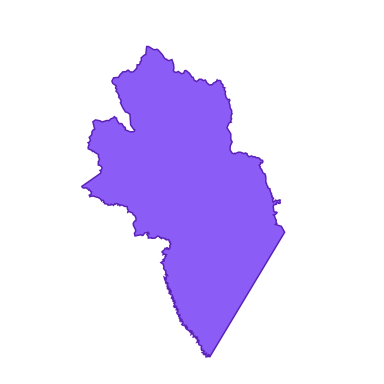 Sandia, Puno, Peru, rotated 145°
{"feature_id": "86281439B32032082656225", "entity_name": "Sandia", "entity_type": "district", "adm_level": 2, "iso_a3": "PER", "parent_name": "Peru", "parent_adm1": "Puno", "projection": "albers", "projection_center": [-69.323, -13.833], "detail": "fine", "context": "isolated", "style": "filled", "palette": "violet", "viewbox_px": 384, "rotation_deg": 145, "n_neighbors": 0, "source": "geoboundaries", "source_scale": "gbopen_adm2", "svg_char_len": 6088}
<svg xmlns="http://www.w3.org/2000/svg" viewBox="0 0 384 384"><g transform="rotate(145 192 192)"><path d="M132.5,312.0L135.5,312.8L136.6,314.3L136.6,315.3L137.6,316.2L137.8,317.6L137.5,321.3L138.3,327.9L138.9,329.1L140.2,329.4L141.9,330.9L144.1,336.0L145.7,337.2L151.0,331.1L152.2,331.5L156.6,331.1L158.3,328.4L159.8,328.4L160.7,327.0L162.4,326.6L163.9,327.7L166.1,325.1L170.6,324.2L171.6,324.2L173.9,325.9L174.2,328.2L174.8,328.6L177.4,328.6L179.7,330.1L183.5,329.4L186.5,328.1L190.7,330.5L194.0,328.8L194.6,326.6L193.2,322.2L194.8,321.3L195.1,320.6L194.7,319.3L196.5,318.0L195.9,316.0L196.5,313.4L196.2,312.8L197.6,311.9L197.4,308.5L198.2,306.6L199.4,306.3L200.4,300.3L200.6,295.7L199.3,294.2L198.3,291.2L203.8,282.1L203.8,276.7L203.2,275.8L204.1,275.0L205.2,274.9L208.0,276.6L211.0,281.3L209.9,282.5L209.8,283.8L210.5,284.1L210.3,288.3L212.6,290.0L212.2,294.3L211.4,295.9L212.0,296.4L212.3,298.2L214.3,297.9L216.7,298.5L218.9,298.0L220.5,299.3L225.5,301.0L226.6,303.2L229.7,306.4L232.9,306.4L235.8,299.1L237.3,299.5L239.3,298.8L241.2,296.4L244.9,295.7L245.5,292.5L247.5,291.8L248.8,292.1L249.0,289.8L251.2,288.5L252.2,286.9L250.7,284.5L250.0,282.0L249.1,281.9L248.9,280.2L247.1,276.4L248.5,274.5L248.9,272.2L250.3,270.9L251.4,270.6L253.3,267.8L252.4,267.1L251.7,265.1L251.7,263.8L252.3,262.8L253.8,262.1L255.0,262.5L254.9,260.8L256.1,259.8L279.0,259.8L279.2,258.6L278.4,257.3L275.9,255.8L276.0,254.6L274.9,253.3L275.4,252.7L274.6,252.1L274.8,250.5L274.2,249.8L275.9,248.1L278.0,248.3L278.2,247.6L277.7,247.0L278.1,246.7L275.4,245.5L271.7,240.8L271.0,238.8L271.0,236.5L270.3,236.8L269.5,236.0L269.8,234.5L270.3,234.3L269.7,233.4L270.3,232.6L268.0,230.4L268.4,229.5L266.3,228.1L265.3,228.4L265.1,227.6L263.8,226.7L263.8,226.1L261.9,226.7L261.7,226.0L260.6,225.9L259.6,224.9L260.2,223.9L258.9,223.6L258.9,222.1L257.6,222.2L256.2,220.6L255.6,219.0L253.4,217.2L254.5,215.4L254.8,213.5L256.1,212.3L254.9,212.2L252.7,209.0L253.2,207.3L252.4,205.5L252.8,202.8L254.5,200.6L255.8,201.1L258.2,200.0L259.2,198.1L259.9,193.2L261.2,191.8L262.9,191.2L263.9,188.7L258.3,186.3L257.9,185.0L256.9,184.6L254.2,185.6L250.8,184.0L251.2,182.4L252.0,183.4L253.2,183.2L253.3,180.8L254.2,179.3L251.5,177.9L251.6,177.4L250.9,176.7L248.6,175.4L245.5,175.6L244.1,173.8L244.5,173.2L243.8,171.5L243.2,171.9L241.7,170.5L241.3,169.5L240.4,169.1L240.8,168.4L240.6,167.6L238.4,166.4L238.8,165.1L238.5,164.0L239.0,164.0L239.3,163.0L239.1,161.6L240.9,160.9L241.9,159.1L243.8,158.3L244.4,158.7L243.7,159.2L244.3,160.6L244.9,160.8L245.6,160.1L246.4,161.3L248.3,160.3L250.6,160.4L251.1,159.7L250.5,158.1L251.6,157.3L250.2,156.9L249.0,155.4L250.0,155.3L250.0,154.4L251.3,154.4L252.1,153.2L254.6,153.1L254.1,151.9L254.6,151.4L255.6,152.0L258.0,152.0L257.0,149.4L257.9,146.9L259.1,145.7L259.2,143.9L258.5,142.7L259.5,141.7L259.7,140.4L260.9,139.8L259.8,138.7L260.0,137.6L261.0,138.8L261.5,137.4L263.2,136.7L263.7,138.1L264.5,135.9L263.2,135.5L264.8,134.5L264.5,133.6L265.4,133.0L264.6,132.2L265.7,131.8L265.1,131.1L264.3,131.6L264.1,130.9L266.0,129.4L265.6,128.4L266.7,128.5L266.0,126.1L266.7,126.3L267.0,127.3L267.6,126.9L266.7,124.9L266.0,124.6L266.0,122.7L266.4,122.4L266.3,123.4L267.2,124.4L267.6,123.7L266.9,122.3L267.8,121.7L268.3,122.6L268.8,122.4L268.1,121.5L268.5,120.4L267.7,120.0L267.4,118.5L268.1,117.5L268.8,117.6L269.5,117.0L267.9,116.5L268.2,115.8L269.2,116.0L269.6,115.0L269.5,113.4L268.9,113.8L268.4,113.2L268.9,112.7L269.9,112.9L269.0,111.3L270.6,111.2L270.4,110.0L272.3,109.0L271.2,108.1L272.3,108.1L272.6,107.6L270.6,106.4L272.5,104.5L271.8,104.0L270.8,104.3L270.6,103.8L271.8,103.1L272.2,101.9L273.4,102.2L273.9,100.8L273.6,99.2L272.4,98.6L272.8,97.9L273.8,98.2L274.4,97.6L273.7,96.3L274.8,95.6L273.5,93.6L274.1,93.4L275.1,94.1L275.7,93.3L274.0,92.9L274.0,92.4L275.1,91.9L273.9,90.9L274.5,89.9L276.4,89.3L275.6,87.6L274.3,87.3L274.9,85.0L273.4,85.5L273.6,83.3L274.1,83.2L274.8,84.1L275.2,83.0L273.8,79.9L272.9,79.5L271.8,77.9L272.3,77.5L273.7,78.2L273.3,77.1L274.4,75.9L273.1,76.1L272.0,75.5L272.8,75.0L273.2,73.2L274.2,72.5L273.1,71.9L272.2,72.2L272.6,69.6L271.8,69.7L271.5,70.7L270.8,70.0L272.9,67.0L271.6,66.8L271.7,65.9L272.4,65.5L273.2,66.3L274.0,66.0L272.8,65.5L273.9,62.9L272.4,60.4L273.8,59.1L273.7,58.3L274.5,58.1L274.9,56.6L273.7,56.1L273.4,54.4L275.6,54.5L274.9,53.5L275.6,52.8L275.4,51.8L273.7,52.2L272.8,51.5L273.9,50.9L275.1,48.9L274.3,48.4L272.0,49.4L271.4,48.4L272.8,47.7L271.9,46.8L139.2,105.9L138.5,112.6L142.2,117.6L140.6,117.6L140.4,119.1L139.0,120.8L139.2,121.8L138.1,125.2L138.4,126.5L136.5,125.8L134.2,126.3L134.2,127.0L135.4,127.7L136.0,129.3L133.6,133.8L132.4,134.5L129.9,133.6L129.5,134.4L128.4,134.7L127.5,132.9L126.6,132.3L125.8,132.7L125.2,134.2L124.4,134.7L124.8,135.3L127.4,136.0L128.2,137.4L129.7,137.0L130.7,137.5L131.2,137.0L131.3,137.5L130.4,139.7L129.1,139.7L128.8,140.2L129.5,142.3L128.6,142.7L128.5,144.5L127.9,144.8L127.6,147.4L127.0,148.3L127.2,149.0L126.3,149.8L127.6,152.0L126.7,153.1L126.9,154.2L125.9,156.8L126.2,157.3L123.2,161.5L121.8,164.6L122.9,167.1L122.0,170.9L122.5,171.9L122.3,172.9L121.6,173.3L121.6,175.4L120.2,175.4L119.0,176.7L118.1,175.6L117.4,175.6L116.4,176.3L116.1,177.5L117.5,179.1L117.3,180.3L117.8,181.7L119.9,183.6L120.3,184.9L121.7,185.6L122.4,187.3L125.2,188.3L125.5,191.0L124.9,191.8L125.9,193.4L127.4,193.6L129.3,196.6L131.2,198.0L134.6,198.6L134.7,199.2L135.6,199.2L136.8,200.7L136.7,204.7L134.2,207.8L130.4,210.0L130.0,212.9L126.9,217.3L126.5,224.6L121.9,227.4L119.8,226.7L119.8,227.8L117.5,229.3L117.3,230.8L115.2,232.9L114.3,233.0L114.2,234.0L112.8,235.9L112.4,239.5L111.3,240.9L110.3,244.3L108.3,245.5L108.3,246.5L109.6,247.0L109.9,249.7L108.3,253.8L107.0,255.0L106.9,257.5L105.3,258.5L106.5,260.1L105.2,261.9L105.6,264.8L104.8,266.1L105.1,267.3L107.0,268.6L107.1,269.4L108.5,268.5L112.0,268.9L113.8,268.3L116.4,269.7L117.2,273.0L116.8,276.0L119.1,277.0L119.5,278.8L121.2,280.1L124.8,279.8L126.1,282.3L125.3,285.3L126.2,286.2L126.0,290.7L127.2,295.0L128.5,295.5L130.6,294.1L132.8,295.0L134.1,298.6L136.2,298.9L137.6,300.4L137.7,302.0L135.9,303.7L133.9,307.1L132.5,312.0Z" fill="#8b5cf6" stroke="#5b21b6" stroke-width="1.5"/></g></svg>